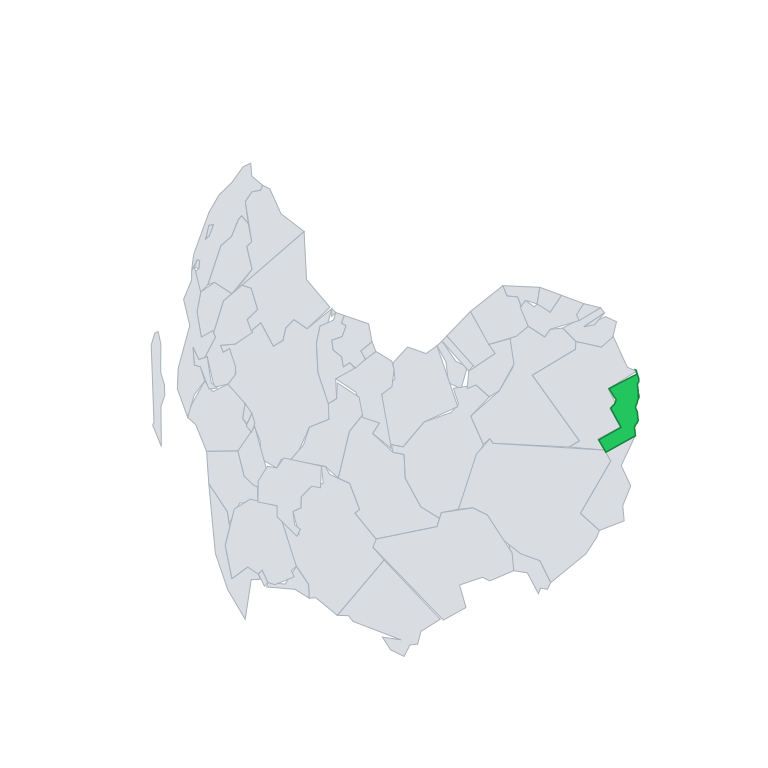 Western Sahara on a map of Africa (orthographic projection), rotated 152°
{"feature_id": "ESH", "entity_name": "Western Sahara", "entity_type": "country or territory", "adm_level": 0, "iso_a3": "ESH", "parent_name": "Africa", "parent_adm1": "", "projection": "orthographic", "projection_center": [-13.3, 24.236], "detail": "fine", "context": "in_parent", "style": "filled", "palette": "green", "viewbox_px": 768, "rotation_deg": 152, "n_neighbors": 49, "source": "natural_earth", "source_scale": "50m", "svg_char_len": 11923}
<svg xmlns="http://www.w3.org/2000/svg" viewBox="0 0 768 768"><g transform="rotate(152 384 384)"><path d="M544.4,393.4L572.3,407.8L569.3,436.4L573.0,446.7L568.2,453.1L540.9,470.8L538.6,457.6L521.9,457.2L516.4,446.4L515.8,431.9L525.0,419.8L523.5,403.6L544.4,393.4Z" fill="#d9dde1" stroke="#a8b0b8" stroke-width="1"/><path d="M515.8,431.9L521.9,457.2L509.4,463.3L503.8,487.7L511.1,487.5L510.2,494.9L496.4,489.1L463.9,496.0L463.9,469.4L452.7,470.0L444.4,479.7L433.2,483.1L425.9,469.0L394.8,475.0L406.0,463.2L413.3,465.1L424.4,451.9L436.9,425.2L442.8,387.1L449.2,378.7L470.2,380.9L491.7,364.2L502.9,360.6L510.1,365.7L518.1,360.2L527.9,375.6L520.2,391.4L515.8,431.9Z" fill="#d9dde1" stroke="#a8b0b8" stroke-width="1"/><path d="M585.5,378.2L582.2,345.0L587.2,330.3L600.0,315.9L609.6,283.6L590.4,286.4L583.5,278.5L585.0,269.7L593.1,273.6L617.0,241.4L618.5,275.9L612.4,313.7L585.5,378.2Z" fill="#d9dde1" stroke="#a8b0b8" stroke-width="1"/><path d="M572.3,407.8L544.4,393.4L550.7,368.2L544.0,352.3L550.7,339.0L567.2,346.6L586.0,333.5L582.2,345.0L585.5,378.2L572.3,407.8Z" fill="#d9dde1" stroke="#a8b0b8" stroke-width="1"/><path d="M482.6,342.6L477.2,340.7L474.6,339.1L474.3,329.6L460.9,312.4L464.4,284.7L470.2,283.6L463.0,247.4L470.3,245.0L466.5,228.5L533.8,201.6L544.6,227.4L550.6,230.0L544.7,242.5L547.5,271.5L540.3,300.5L540.7,316.9L529.6,291.1L524.2,314.3L515.5,313.7L510.1,323.3L495.9,327.8L484.2,324.9L477.8,340.9L482.6,342.6Z" fill="#d9dde1" stroke="#a8b0b8" stroke-width="1"/><path d="M463.7,250.8L470.2,283.6L464.4,284.7L460.9,312.4L468.6,322.4L436.9,358.4L417.4,366.8L406.3,351.6L417.2,345.6L408.1,319.4L399.3,312.4L409.4,290.9L409.1,258.4L398.0,239.3L404.1,233.2L463.7,250.8Z" fill="#d9dde1" stroke="#a8b0b8" stroke-width="1"/><path d="M397.9,616.4L402.0,613.0L410.5,615.6L420.8,610.1L428.6,589.2L430.7,599.3L435.4,597.5L449.2,585.9L463.1,582.6L493.0,554.2L502.7,551.2L501.8,562.6L497.5,571.7L493.5,572.8L488.8,579.5L490.6,581.3L500.4,574.7L491.3,587.7L458.1,617.6L441.2,628.2L423.4,633.5L406.3,642.0L398.0,641.5L403.1,629.6L397.9,616.4ZM473.4,595.7L468.6,597.0L459.8,604.8L464.1,606.2L473.4,595.7Z" fill="#d9dde1" stroke="#a8b0b8" stroke-width="1"/><path d="M473.4,595.7L464.1,606.2L459.8,604.8L468.6,597.0L473.4,595.7Z" fill="#d9dde1" stroke="#a8b0b8" stroke-width="1"/><path d="M502.7,551.2L486.0,553.4L475.9,535.2L486.7,532.7L510.4,509.1L523.3,511.2L515.3,535.4L502.7,551.2Z" fill="#d9dde1" stroke="#a8b0b8" stroke-width="1"/><path d="M493.0,554.2L463.1,582.6L449.2,585.9L435.4,597.5L430.7,599.3L428.6,589.2L434.0,571.7L440.6,569.7L446.6,547.1L475.9,535.2L486.0,553.4L493.0,554.2Z" fill="#d9dde1" stroke="#a8b0b8" stroke-width="1"/><path d="M434.0,571.7L420.8,610.1L410.5,615.6L402.0,613.0L397.9,616.4L393.2,610.0L395.0,582.6L383.0,556.1L474.9,534.5L446.6,547.1L440.6,569.7L434.0,571.7Z" fill="#d9dde1" stroke="#a8b0b8" stroke-width="1"/><path d="M156.9,339.6L149.5,329.8L162.1,315.6L174.8,314.5L194.6,331.3L200.1,349.5L157.1,349.7L155.8,343.3L180.7,340.7L156.9,339.6Z" fill="#d9dde1" stroke="#a8b0b8" stroke-width="1"/><path d="M200.1,349.5L194.6,331.3L198.7,324.7L248.9,322.1L238.1,242.1L249.9,241.3L315.7,280.5L316.3,285.9L324.8,284.0L322.6,314.9L285.4,323.9L262.1,338.4L251.4,365.0L229.5,367.3L220.0,350.2L211.4,354.3L200.1,349.5Z" fill="#d9dde1" stroke="#a8b0b8" stroke-width="1"/><path d="M155.2,276.7L188.2,274.4L188.6,257.6L195.9,256.8L195.4,235.0L220.6,234.9L220.2,222.0L249.9,241.3L238.1,242.1L248.9,322.1L198.7,324.7L194.6,331.3L174.8,314.5L159.3,318.2L161.3,284.6L155.2,276.7Z" fill="#d9dde1" stroke="#a8b0b8" stroke-width="1"/><path d="M319.3,392.9L312.6,394.6L310.0,370.4L302.3,360.1L318.3,343.5L326.6,355.1L318.9,374.5L319.3,392.9Z" fill="#d9dde1" stroke="#a8b0b8" stroke-width="1"/><path d="M398.0,239.3L409.1,258.4L409.4,290.9L399.3,312.4L408.1,319.4L405.8,327.1L396.7,319.6L366.5,331.7L337.9,327.3L327.6,331.5L324.7,347.6L303.3,340.0L297.0,323.2L322.6,314.9L324.8,284.0L377.1,238.4L393.7,243.5L398.0,239.3Z" fill="#d9dde1" stroke="#a8b0b8" stroke-width="1"/><path d="M319.3,392.9L329.5,329.4L366.5,331.7L396.7,319.6L409.0,329.7L390.9,376.0L371.6,383.8L366.4,398.3L345.8,405.6L332.6,391.1L319.3,392.9Z" fill="#d9dde1" stroke="#a8b0b8" stroke-width="1"/><path d="M407.8,323.5L417.2,345.6L406.3,351.6L418.5,364.4L412.6,389.9L424.2,411.3L375.9,416.6L366.4,400.5L368.2,392.3L378.3,377.8L390.9,376.0L407.8,323.5Z" fill="#d9dde1" stroke="#a8b0b8" stroke-width="1"/><path d="M303.1,355.6L312.6,394.6L306.0,397.0L295.5,358.8L303.1,355.6Z" fill="#d9dde1" stroke="#a8b0b8" stroke-width="1"/><path d="M296.0,356.1L306.0,397.0L273.6,407.5L271.6,358.7L296.0,356.1Z" fill="#d9dde1" stroke="#a8b0b8" stroke-width="1"/><path d="M229.5,367.3L244.7,364.0L272.9,369.6L273.6,407.5L232.8,415.0L233.9,404.1L225.1,398.2L229.5,367.3Z" fill="#d9dde1" stroke="#a8b0b8" stroke-width="1"/><path d="M181.9,348.4L211.4,354.3L220.0,350.2L229.5,367.3L227.7,388.2L219.9,391.5L215.2,381.6L208.8,383.3L203.6,369.4L185.7,379.0L169.9,361.2L181.9,348.4Z" fill="#d9dde1" stroke="#a8b0b8" stroke-width="1"/><path d="M157.1,349.7L181.9,348.4L181.5,354.8L169.9,361.2L157.1,349.7Z" fill="#d9dde1" stroke="#a8b0b8" stroke-width="1"/><path d="M226.3,388.2L225.1,398.2L233.9,404.1L232.8,415.0L201.0,396.2L211.2,382.8L219.9,391.5L226.3,388.2Z" fill="#d9dde1" stroke="#a8b0b8" stroke-width="1"/><path d="M185.7,379.0L203.6,369.4L211.2,382.8L201.0,396.2L185.7,379.0Z" fill="#d9dde1" stroke="#a8b0b8" stroke-width="1"/><path d="M251.4,365.0L259.9,340.6L285.4,323.9L297.0,323.2L303.3,340.0L312.7,340.9L303.1,355.6L271.6,358.7L272.9,369.6L251.4,365.0Z" fill="#d9dde1" stroke="#a8b0b8" stroke-width="1"/><path d="M502.9,360.6L483.5,368.1L470.2,380.9L449.2,378.7L442.4,392.8L432.7,393.4L424.7,406.9L412.2,384.1L417.4,366.8L436.9,358.4L468.6,322.4L474.6,339.1L502.9,360.6Z" fill="#d9dde1" stroke="#a8b0b8" stroke-width="1"/><path d="M442.4,392.8L436.9,425.2L424.4,451.9L413.3,465.1L398.6,464.2L393.0,469.8L386.9,463.1L392.9,457.8L390.1,453.3L398.7,445.4L409.5,447.2L412.9,437.7L408.6,428.0L411.8,418.3L404.2,418.9L402.5,411.7L424.2,411.3L432.7,393.4L442.4,392.8Z" fill="#d9dde1" stroke="#a8b0b8" stroke-width="1"/><path d="M388.7,414.5L401.6,411.5L404.2,418.9L411.8,418.3L408.6,428.0L412.9,437.7L409.5,447.2L398.7,445.4L390.1,453.3L392.9,457.8L386.9,463.1L369.3,444.3L374.8,426.9L388.9,424.0L388.7,414.5Z" fill="#d9dde1" stroke="#a8b0b8" stroke-width="1"/><path d="M375.9,416.6L388.7,414.5L388.9,424.0L374.8,426.9L375.9,416.6Z" fill="#d9dde1" stroke="#a8b0b8" stroke-width="1"/><path d="M521.9,457.2L535.4,460.8L527.3,491.0L529.9,491.5L510.9,504.5L510.4,509.1L486.7,532.7L463.0,537.9L456.3,531.0L460.5,509.1L474.5,505.0L475.9,491.3L496.4,489.1L510.2,494.9L511.1,487.5L503.8,487.7L507.0,468.6L511.2,461.8L521.9,457.2Z" fill="#d9dde1" stroke="#a8b0b8" stroke-width="1"/><path d="M533.1,458.7L540.9,461.7L538.1,485.4L542.7,489.7L535.3,506.4L535.9,492.8L527.3,491.0L536.0,466.3L533.1,458.7Z" fill="#d9dde1" stroke="#a8b0b8" stroke-width="1"/><path d="M540.9,470.8L556.7,463.5L573.0,446.7L568.7,476.8L558.4,494.4L528.0,526.9L521.2,552.8L505.1,566.1L500.4,574.7L496.4,576.4L502.7,551.2L515.3,535.4L523.3,511.2L510.2,511.5L510.9,504.5L529.9,491.5L535.9,492.8L535.3,506.4L542.7,489.7L538.1,485.4L540.9,470.8Z" fill="#d9dde1" stroke="#a8b0b8" stroke-width="1"/><path d="M496.4,576.4L490.6,581.3L488.8,579.5L493.5,572.8L496.4,576.4Z" fill="#d9dde1" stroke="#a8b0b8" stroke-width="1"/><path d="M393.0,469.8L398.5,468.4L394.8,475.0L393.0,469.8ZM395.7,477.1L425.9,469.0L433.2,483.1L444.4,479.7L452.7,470.0L463.9,469.4L463.9,496.0L476.3,493.2L474.5,505.0L460.5,509.1L456.3,531.0L463.0,537.9L383.0,556.1L403.4,512.5L395.7,477.1Z" fill="#d9dde1" stroke="#a8b0b8" stroke-width="1"/><path d="M523.6,413.3L525.0,419.8L515.8,431.9L514.4,420.0L523.6,413.3Z" fill="#d9dde1" stroke="#a8b0b8" stroke-width="1"/><path d="M609.9,433.4L607.6,456.1L605.0,458.3L571.2,527.8L562.5,536.5L558.8,536.4L562.2,524.2L575.7,499.1L578.1,486.8L582.7,477.1L591.6,468.7L609.9,433.4Z" fill="#d9dde1" stroke="#a8b0b8" stroke-width="1"/><path d="M155.8,343.3L170.5,337.4L180.7,340.7L155.8,343.3Z" fill="#d9dde1" stroke="#a8b0b8" stroke-width="1"/><path d="M348.9,184.2L329.3,154.8L330.0,130.4L336.1,126.0L341.6,130.3L346.1,126.4L346.1,150.0L357.1,158.3L348.9,184.2Z" fill="#d9dde1" stroke="#a8b0b8" stroke-width="1"/><path d="M220.2,222.0L219.8,209.6L271.2,177.5L262.5,153.6L268.5,148.5L285.4,139.3L330.0,130.4L329.3,154.8L342.9,169.7L352.5,191.2L354.3,219.8L363.8,233.0L377.1,238.4L335.2,278.8L316.3,285.9L315.7,280.5L220.2,222.0Z" fill="#d9dde1" stroke="#a8b0b8" stroke-width="1"/><path d="M547.0,264.1L544.7,242.5L550.6,230.0L559.0,244.5L582.9,259.9L579.7,263.3L565.3,253.8L547.0,264.1Z" fill="#d9dde1" stroke="#a8b0b8" stroke-width="1"/><path d="M186.7,220.2L212.9,200.5L214.0,178.2L230.3,164.5L236.2,150.4L262.5,153.6L271.2,177.5L219.8,209.6L220.3,219.6L186.7,220.2Z" fill="#d9dde1" stroke="#a8b0b8" stroke-width="1"/><path d="M533.8,201.6L466.5,228.5L444.7,149.9L467.5,148.2L476.4,138.5L483.5,141.4L494.2,134.1L503.0,146.2L504.2,161.3L489.0,150.0L522.9,189.0L524.1,196.1L533.8,201.6Z" fill="#d9dde1" stroke="#a8b0b8" stroke-width="1"/><path d="M442.4,147.7L470.3,245.0L463.7,250.8L404.1,233.2L393.7,243.5L363.8,233.0L354.3,219.8L350.2,174.7L357.1,158.3L383.0,160.5L387.9,167.1L411.7,171.1L416.5,148.2L442.4,147.7Z" fill="#d9dde1" stroke="#a8b0b8" stroke-width="1"/><path d="M609.6,283.6L600.0,315.9L574.8,344.0L556.1,345.1L535.6,326.7L547.0,264.1L553.5,262.8L553.8,255.9L574.7,258.1L579.7,263.3L579.1,276.9L584.1,275.0L590.4,286.4L609.6,283.6Z" fill="#d9dde1" stroke="#a8b0b8" stroke-width="1"/><path d="M579.7,263.3L584.5,261.7L584.1,275.0L579.1,276.9L579.7,263.3Z" fill="#d9dde1" stroke="#a8b0b8" stroke-width="1"/><path d="M544.4,393.4L518.2,407.2L527.9,363.0L544.0,352.3L547.0,356.6L550.7,368.2L544.4,393.4Z" fill="#d9dde1" stroke="#a8b0b8" stroke-width="1"/><path d="M523.5,403.6L525.4,411.6L514.4,420.0L516.4,410.0L523.5,403.6Z" fill="#d9dde1" stroke="#a8b0b8" stroke-width="1"/><path d="M525.5,366.1L518.1,360.2L507.2,365.8L477.8,340.9L488.8,322.2L495.9,327.8L510.1,323.3L515.5,313.7L524.2,314.3L529.0,301.5L526.0,295.0L532.4,290.5L540.7,316.9L535.6,326.7L550.7,339.0L540.6,357.5L525.5,366.1Z" fill="#d9dde1" stroke="#a8b0b8" stroke-width="1"/><path d="M220.2,222.9L220.3,224.3L220.4,226.0L220.4,227.7L220.5,229.6L220.6,231.5L220.6,232.9L220.7,233.9L219.1,233.9L217.7,234.0L216.2,234.0L214.8,234.1L213.4,234.1L212.0,234.2L210.5,234.2L209.1,234.2L207.7,234.3L206.2,234.3L204.8,234.3L203.4,234.3L202.0,234.4L200.5,234.4L199.1,234.4L197.7,234.4L196.2,234.4L195.1,234.4L195.1,235.5L195.1,236.6L195.1,237.8L195.1,238.9L195.1,240.1L195.2,241.3L195.2,242.4L195.2,243.6L195.2,244.8L195.2,245.9L195.2,247.1L195.2,248.3L195.2,249.4L195.2,250.6L195.2,251.7L195.3,252.9L195.3,254.1L195.3,255.1L195.2,256.0L194.8,256.3L193.6,256.8L192.5,257.3L191.0,257.6L190.6,257.7L189.6,258.4L188.4,259.3L187.3,260.1L186.6,261.1L186.4,261.6L186.3,262.2L186.4,262.7L186.7,263.8L186.9,264.4L186.9,265.3L187.0,266.4L187.1,267.5L187.1,268.6L187.2,269.9L187.3,271.1L187.4,272.3L187.4,273.2L187.5,274.3L186.3,274.3L184.5,274.3L182.6,274.3L180.8,274.3L179.0,274.3L177.2,274.3L175.3,274.3L173.5,274.3L171.7,274.2L169.9,274.2L168.0,274.2L166.2,274.2L164.4,274.1L162.6,274.1L160.7,274.1L158.9,274.0L157.1,274.0L156.1,274.0L155.7,275.5L155.4,276.7L155.2,277.6L155.3,278.4L154.9,278.0L155.7,273.5L155.8,273.2L156.5,269.1L157.6,266.9L158.5,265.9L159.8,265.5L161.1,263.3L161.6,261.2L162.4,260.3L162.7,259.6L162.4,259.0L163.1,257.9L164.1,256.2L164.5,255.2L165.6,253.5L165.8,253.1L165.7,252.7L165.3,253.1L164.8,253.7L164.3,254.1L164.5,253.5L164.9,252.7L165.9,251.8L167.4,250.8L170.5,247.3L171.7,246.8L172.8,245.3L173.2,244.0L173.3,241.0L173.7,239.5L174.4,238.3L175.2,236.0L175.8,235.0L176.3,233.0L176.7,232.2L177.5,231.9L178.6,230.9L180.2,230.3L182.2,229.0L183.1,228.2L183.7,227.0L184.4,224.7L185.6,222.2L186.2,220.3L186.3,220.2L220.1,219.6L220.2,221.1L220.2,222.9Z" fill="#22c55e" stroke="#15803d" stroke-width="1.5"/></g></svg>